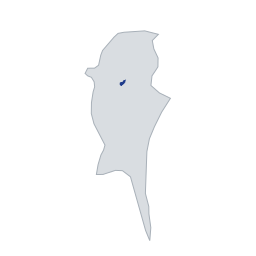 Dymes, Limassol, Cyprus shown in context, rotated 110°
{"feature_id": "46923920B11933965070287", "entity_name": "Dymes", "entity_type": "district", "adm_level": 2, "iso_a3": "CYP", "parent_name": "Cyprus", "parent_adm1": "Limassol", "projection": "natural_earth1", "projection_center": [32.967, 34.924], "detail": "fine", "context": "in_parent", "style": "filled", "palette": "blue", "viewbox_px": 256, "rotation_deg": 110, "n_neighbors": 0, "source": "geoboundaries", "source_scale": "gbopen_adm2", "svg_char_len": 1572}
<svg xmlns="http://www.w3.org/2000/svg" viewBox="0 0 256 256"><g transform="rotate(110 128 128)"><path d="M180.2,135.6L182.5,141.8L172.6,143.6L162.6,144.2L157.1,143.4L151.9,143.8L135.7,161.4L127.0,167.4L116.7,171.0L106.1,173.1L100.8,173.4L96.2,175.6L92.9,179.7L92.8,183.7L91.4,187.0L85.6,186.3L83.2,179.9L79.1,177.1L68.8,178.5L63.8,178.4L47.4,172.2L42.5,169.7L39.4,164.5L31.0,145.5L29.6,131.5L37.5,135.1L44.8,130.8L51.9,123.7L60.3,120.8L65.6,122.0L70.8,123.3L80.2,121.0L84.3,110.5L85.6,98.3L101.5,101.8L117.6,103.6L130.8,104.2L143.7,102.2L183.5,89.3L194.7,81.6L201.7,78.9L213.8,72.5L226.4,69.0L218.3,76.4L173.0,109.0L170.0,118.6L172.1,125.3L178.5,133.5L180.2,135.6Z" fill="#d9dde1" stroke="#a8b0b8" stroke-width="1"/><path d="M85.1,147.9L85.3,147.9L85.5,147.9L85.8,147.8L86.0,147.8L86.1,147.7L86.3,147.8L86.3,148.0L86.5,148.2L86.6,148.3L86.8,148.3L87.0,148.3L87.5,148.2L87.6,148.4L87.6,148.5L87.6,149.0L87.6,149.3L87.7,149.7L87.8,149.9L87.9,150.0L88.0,150.1L88.3,150.3L88.4,150.2L88.5,150.3L88.8,150.2L89.0,150.2L89.3,150.0L89.4,149.9L89.5,150.0L89.6,149.9L89.6,149.7L89.8,149.6L89.9,149.4L90.0,149.3L90.0,149.2L90.0,148.9L89.8,148.9L89.7,148.9L89.4,148.8L89.3,148.7L89.2,148.6L89.0,148.4L88.9,148.3L88.7,148.3L88.4,148.3L88.3,148.2L88.2,148.1L88.0,147.9L87.9,147.8L87.8,147.6L87.7,147.6L87.4,147.5L87.3,147.4L87.2,147.4L87.1,147.5L86.9,147.4L86.7,147.4L86.3,147.2L86.3,147.3L86.2,147.3L86.1,147.2L85.9,147.2L85.7,147.1L85.4,147.2L85.1,147.2L84.8,147.2L84.9,147.3L85.0,147.4L84.9,147.5L85.0,147.8L85.1,147.9Z" fill="#3b82f6" stroke="#1e3a8a" stroke-width="1.5"/></g></svg>